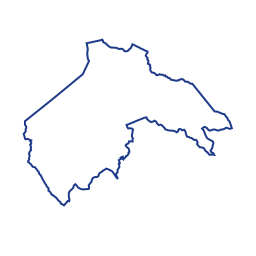 the district of Salgueiro, Pernambuco, Brazil, rotated 97°
{"feature_id": "56859067B37103296489231", "entity_name": "Salgueiro", "entity_type": "district", "adm_level": 2, "iso_a3": "BRA", "parent_name": "Brazil", "parent_adm1": "Pernambuco", "projection": "orthographic", "projection_center": [-39.072, -8.075], "detail": "fine", "context": "isolated", "style": "outline", "palette": "blue", "viewbox_px": 256, "rotation_deg": 97, "n_neighbors": 0, "source": "geoboundaries", "source_scale": "gbopen_adm2", "svg_char_len": 4327}
<svg xmlns="http://www.w3.org/2000/svg" viewBox="0 0 256 256"><g transform="rotate(97 128 128)"><path d="M115.5,24.9L111.2,27.0L109.8,27.6L108.3,28.9L107.7,29.8L105.6,30.8L104.9,32.1L103.2,33.2L102.4,34.4L102.5,35.8L101.6,38.4L101.5,39.6L101.0,40.9L100.9,42.0L101.0,44.1L76.2,69.6L76.4,70.7L76.1,71.9L75.5,73.2L74.8,74.1L75.0,76.9L73.3,78.8L72.8,80.3L73.4,81.6L73.6,82.8L74.6,83.5L74.7,84.5L75.2,85.7L75.1,87.9L74.9,89.7L74.9,91.1L73.5,92.6L73.5,94.1L72.5,95.2L72.3,96.6L71.2,97.5L71.8,98.4L70.9,100.1L71.1,102.0L70.8,103.4L71.8,104.5L72.1,106.2L71.3,106.9L70.5,108.1L70.0,109.4L70.0,111.2L69.1,111.9L68.4,112.6L67.1,113.2L65.1,113.0L63.9,113.9L62.8,113.7L62.1,114.7L61.8,116.1L60.8,116.1L59.6,115.8L58.1,116.3L57.6,117.3L56.0,117.2L55.3,118.2L54.1,119.2L52.5,118.8L50.6,117.7L49.6,118.2L49.3,119.7L48.8,121.0L46.4,127.9L45.5,130.4L44.8,132.5L44.4,133.8L45.6,134.1L46.8,134.5L47.9,134.6L48.9,135.6L49.9,136.5L50.9,136.9L51.7,138.0L52.1,139.3L52.3,140.5L51.5,141.5L50.8,142.2L50.1,143.4L50.2,144.4L50.5,145.5L50.6,147.1L50.0,148.5L49.9,150.1L49.9,151.4L50.0,152.3L50.1,153.6L50.2,154.8L49.7,156.1L49.0,157.6L47.9,158.7L47.3,159.9L46.2,161.3L46.2,162.3L45.4,163.4L44.2,163.5L43.4,164.5L44.2,165.8L47.6,175.5L48.1,176.9L48.9,179.4L50.2,178.9L54.8,177.5L58.6,177.6L62.7,176.7L64.1,176.3L66.4,174.9L72.2,176.8L75.8,178.0L80.1,179.4L87.2,186.2L90.2,189.0L108.4,206.3L133.8,231.1L136.2,230.8L137.4,230.6L138.8,229.3L140.2,229.0L141.3,229.4L142.3,229.4L143.7,229.1L145.3,230.0L146.5,230.8L148.9,229.8L149.9,229.4L151.2,228.9L151.7,228.0L151.0,226.6L151.6,224.3L152.1,222.6L153.1,223.3L154.2,222.2L155.9,222.4L156.5,223.1L158.7,221.9L160.8,222.0L161.8,221.5L162.9,222.4L164.3,222.8L165.7,223.2L166.6,222.5L168.6,222.3L170.3,222.6L171.4,222.2L172.8,223.0L174.0,223.0L174.4,222.0L175.8,220.0L178.1,217.8L178.3,215.6L179.9,213.9L181.0,213.0L182.8,211.0L183.9,210.9L184.7,210.0L185.5,208.9L187.2,207.8L189.0,206.7L191.6,204.7L193.4,203.4L194.0,202.7L196.2,201.2L197.5,199.5L198.6,199.4L199.9,199.3L200.5,198.1L201.2,197.3L202.3,196.4L203.6,195.5L203.8,194.3L204.5,193.4L205.2,192.0L206.3,190.3L208.3,188.4L209.9,186.0L211.2,185.5L211.8,183.6L212.6,182.1L211.7,181.5L207.8,178.9L207.8,177.5L206.7,177.3L203.7,178.3L199.8,178.8L198.3,178.4L196.9,177.4L194.9,175.6L194.0,175.1L191.6,174.7L190.2,173.4L191.1,172.2L192.9,170.6L194.0,168.5L194.4,166.1L194.4,164.4L193.9,163.0L193.4,159.7L192.3,159.3L189.6,160.0L187.4,158.8L186.2,157.9L183.0,157.3L181.4,156.2L180.9,155.2L180.2,152.4L179.6,151.7L176.7,151.0L175.8,150.3L175.1,149.2L173.1,147.2L171.9,145.6L171.0,144.8L171.4,142.5L172.8,138.6L174.3,137.1L175.1,136.3L177.6,134.3L179.9,131.9L178.2,132.7L176.6,133.9L175.3,134.3L173.1,133.0L171.0,133.3L169.5,132.6L168.0,131.8L165.9,132.2L164.7,132.8L163.8,131.8L163.0,132.3L161.0,133.2L159.6,131.3L158.5,131.8L157.6,130.8L157.2,129.8L158.8,129.9L159.8,128.8L158.3,128.0L157.6,127.0L156.3,126.7L155.5,125.4L154.5,124.8L153.3,124.2L152.3,124.5L151.5,123.7L149.7,124.3L148.3,124.9L146.5,127.6L145.6,128.2L144.7,127.9L144.0,126.9L143.2,125.7L141.1,125.3L140.8,121.8L139.5,122.1L137.7,121.9L136.1,123.0L134.6,123.2L132.9,123.0L130.5,123.1L129.3,122.7L128.3,123.5L128.0,124.7L128.0,125.8L128.4,127.8L127.3,128.7L126.0,129.3L125.2,129.8L121.4,123.0L120.1,120.8L116.5,114.2L115.4,112.1L115.3,110.8L116.6,110.3L117.2,109.5L117.9,108.8L118.3,107.8L119.0,106.8L119.3,105.7L118.5,103.7L117.5,102.7L118.3,100.8L120.0,99.7L121.4,97.6L120.8,96.2L120.9,95.2L121.7,94.0L122.5,93.0L123.7,91.6L124.6,91.1L125.4,88.3L125.4,86.8L125.3,84.0L125.2,82.2L125.8,80.1L126.4,79.2L125.4,78.0L124.2,77.9L122.8,77.1L122.7,75.6L123.7,73.8L122.9,72.2L124.0,70.8L127.8,69.3L129.3,68.5L129.6,66.2L130.2,64.8L130.2,63.7L131.8,61.0L131.4,59.3L132.1,58.3L133.8,57.2L135.5,57.5L136.6,56.5L137.5,55.4L138.3,54.6L138.3,51.7L138.9,50.2L141.2,48.3L142.6,46.1L144.7,43.8L144.0,40.9L144.1,39.2L142.6,40.3L142.2,41.3L141.3,43.0L140.3,43.3L138.7,42.3L136.8,41.9L135.1,41.7L133.9,41.6L132.9,41.5L132.0,41.5L130.9,42.3L129.8,45.2L129.4,46.3L128.9,47.4L128.2,48.3L127.3,49.1L125.9,50.0L121.4,52.4L120.6,53.2L119.5,54.4L118.0,52.9L117.6,51.9L117.9,50.7L118.7,49.4L120.4,47.6L120.5,46.0L120.0,45.0L119.1,43.1L118.9,42.1L119.2,40.6L119.6,38.5L118.9,36.6L118.3,35.7L117.7,33.3L117.2,32.4L115.9,30.8L115.7,29.8L116.3,28.1L116.4,26.7L115.5,24.9Z" fill="none" stroke="#1e3a8a" stroke-width="2"/></g></svg>